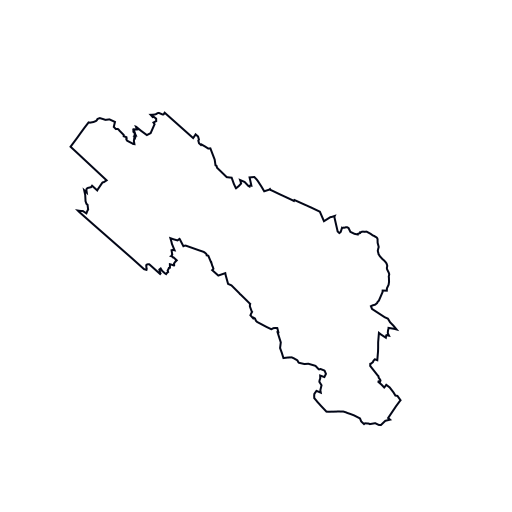 Lībagu pag., Talsi, Latvia (Equal Earth projection), rotated 48°
{"feature_id": "27541924B65314964158479", "entity_name": "Lībagu pag.", "entity_type": "district", "adm_level": 2, "iso_a3": "LVA", "parent_name": "Latvia", "parent_adm1": "Talsi", "projection": "equal_earth", "projection_center": [22.565, 57.178], "detail": "fine", "context": "isolated", "style": "outline", "palette": "ink", "viewbox_px": 512, "rotation_deg": 48, "n_neighbors": 0, "source": "geoboundaries", "source_scale": "gbopen_adm2", "svg_char_len": 5834}
<svg xmlns="http://www.w3.org/2000/svg" viewBox="0 0 512 512"><g transform="rotate(48 256 256)"><path d="M322.7,154.0L320.8,154.7L320.5,154.6L319.4,155.2L318.6,155.5L316.2,156.0L311.9,157.5L310.9,158.8L310.7,159.1L310.1,159.6L308.9,160.9L308.4,162.5L308.1,162.8L308.6,163.3L307.7,165.5L308.1,166.0L305.4,168.0L301.2,169.7L297.1,168.5L295.7,169.0L294.8,169.9L294.6,170.4L294.2,171.3L293.6,171.8L293.0,173.1L292.6,173.2L294.7,176.8L294.8,177.3L294.7,178.7L292.4,178.9L279.3,171.6L278.9,170.7L277.7,173.5L276.9,174.7L275.6,182.2L265.8,178.9L257.8,182.2L240.1,190.0L240.5,191.0L237.9,192.0L225.7,197.2L219.6,199.7L216.8,200.9L216.7,201.0L215.6,200.8L215.6,201.6L215.4,202.1L213.4,206.6L208.0,205.5L201.7,204.5L199.7,204.3L196.2,204.4L193.3,208.2L200.7,212.4L199.5,213.6L199.5,214.0L199.9,214.4L198.7,214.8L193.7,214.9L193.2,215.0L188.9,217.0L190.5,217.7L191.2,218.1L192.2,218.6L192.5,222.1L192.3,225.6L192.2,225.6L187.6,224.2L181.5,221.7L180.2,222.9L177.8,225.0L164.4,225.9L162.5,225.0L161.5,225.4L156.7,222.2L145.5,217.9L144.2,219.6L140.5,220.6L136.6,221.9L136.7,222.6L134.1,222.9L131.7,221.7L131.3,220.5L128.4,219.1L125.2,219.5L125.6,220.8L126.3,223.8L88.4,228.0L88.9,229.7L88.9,230.0L88.7,230.4L88.2,230.8L84.8,232.4L84.4,232.8L83.9,233.8L83.8,235.0L83.2,236.4L82.6,237.3L81.6,238.6L80.6,239.8L83.7,239.8L84.0,238.9L87.1,238.3L89.0,239.9L88.2,242.9L90.2,243.2L94.2,252.1L93.1,256.2L85.8,257.7L79.8,258.6L79.6,258.7L82.4,259.7L82.1,260.1L80.1,262.0L80.5,262.2L80.6,262.3L80.6,262.5L80.2,262.7L80.2,262.8L80.5,262.8L81.1,262.6L81.4,262.6L81.6,262.7L81.9,262.9L81.9,263.3L81.3,263.4L81.2,263.5L81.3,263.7L81.7,264.0L82.6,264.1L82.9,263.9L83.0,263.6L83.7,263.7L83.9,264.0L85.5,264.5L85.2,264.7L85.2,264.8L85.6,264.9L85.5,265.0L85.2,265.2L85.3,265.3L85.7,265.3L85.5,265.5L85.8,265.6L85.8,265.8L85.5,265.9L85.5,266.1L85.9,265.9L86.0,266.2L86.6,266.3L86.9,266.3L87.1,266.4L87.1,266.5L87.2,266.8L87.1,267.0L87.4,267.2L86.9,267.5L88.8,269.8L91.5,271.5L90.4,272.4L89.8,272.5L84.2,274.6L82.8,274.4L82.2,274.1L82.1,273.5L81.0,272.8L78.5,274.2L77.5,273.3L71.4,273.6L70.2,273.5L69.8,273.6L69.1,273.7L67.9,275.2L64.9,275.3L62.0,271.1L56.4,273.5L54.1,276.8L51.8,278.1L49.0,279.8L48.1,282.1L48.6,283.5L48.6,284.5L48.2,285.7L47.7,287.1L45.8,290.2L44.7,291.0L45.9,297.6L47.2,303.8L48.5,309.7L50.7,320.7L99.8,316.4L99.3,319.7L98.7,320.7L98.7,321.2L100.7,329.3L101.0,330.1L94.1,330.8L94.5,332.5L92.9,335.4L92.7,336.7L93.3,337.8L95.7,339.4L92.2,339.7L96.4,342.1L101.2,346.0L103.8,347.1L105.2,346.9L108.9,349.5L109.1,349.6L109.2,349.8L109.4,350.7L110.8,353.5L106.7,354.6L106.2,355.2L104.5,356.8L104.1,357.1L103.0,358.0L105.0,357.9L123.5,355.8L174.9,349.7L190.9,348.0L193.0,346.7L192.4,345.8L191.0,345.0L190.0,344.2L189.4,343.7L189.3,343.1L189.6,342.2L190.4,341.2L190.7,340.9L191.3,340.8L205.2,339.3L205.1,338.7L204.9,338.7L201.4,336.9L201.5,335.2L204.1,335.7L207.8,335.3L209.3,334.9L209.0,333.7L209.1,332.0L207.7,331.4L207.2,329.9L206.6,328.8L207.1,327.8L204.5,325.5L205.7,324.7L208.2,323.3L208.2,323.1L206.7,321.9L206.2,319.6L206.3,319.6L206.2,317.8L202.0,318.2L201.7,318.6L200.5,318.6L199.3,319.2L199.4,318.4L198.9,317.8L198.9,317.3L195.2,314.9L195.7,313.9L197.3,312.7L190.8,310.4L189.0,309.4L185.5,307.7L188.4,306.1L191.9,303.9L192.1,301.4L192.5,301.4L200.1,303.4L200.3,302.7L201.2,301.3L213.9,294.4L215.8,293.3L218.2,292.0L218.7,292.0L219.1,291.8L221.5,291.5L221.3,291.6L222.0,291.8L222.5,292.2L223.6,291.4L224.0,291.3L229.7,293.3L230.5,293.6L230.6,293.4L233.9,295.0L235.0,295.3L237.0,296.2L237.2,297.2L237.2,298.0L245.3,297.1L248.2,290.3L250.2,291.5L258.0,295.4L259.2,294.9L261.4,293.9L272.4,293.3L273.7,293.4L274.4,293.2L287.7,292.4L287.8,292.8L289.4,294.3L294.4,296.3L294.9,296.3L295.4,297.8L296.3,299.8L300.4,299.8L300.2,299.1L301.8,298.6L304.1,299.4L305.8,299.3L315.9,295.6L320.7,293.6L321.3,291.3L322.5,289.7L323.8,288.4L327.6,290.4L327.1,291.0L336.8,295.4L340.5,299.7L345.2,301.6L350.2,303.9L352.8,300.2L353.3,299.7L353.5,299.2L354.0,298.8L354.7,297.9L354.8,297.7L355.4,297.2L357.7,296.2L358.1,296.1L359.1,295.8L359.4,295.6L360.0,295.5L361.1,295.1L361.8,295.2L363.3,295.6L363.9,295.6L364.3,295.4L364.7,295.1L368.7,292.3L371.1,289.2L376.1,286.1L377.5,285.3L382.1,285.2L382.5,285.0L383.1,283.7L386.7,281.9L387.2,281.8L390.4,282.9L391.7,286.2L387.8,288.3L389.9,290.1L390.9,291.9L391.9,293.1L395.9,293.8L398.8,298.0L400.9,299.3L396.7,301.3L397.5,304.9L398.7,306.2L400.6,307.8L404.1,307.9L404.9,308.0L410.8,308.0L418.8,307.8L420.1,306.5L425.4,300.4L425.9,299.7L426.6,298.9L430.0,295.2L432.5,293.7L433.7,293.2L436.5,291.6L440.0,289.8L446.3,287.4L449.3,288.5L453.2,288.2L453.3,286.9L455.9,284.4L457.1,283.9L460.0,279.3L463.7,277.8L465.2,276.3L465.0,270.2L467.3,265.9L464.8,266.2L461.3,252.3L460.2,246.9L459.9,245.1L454.6,244.5L453.0,245.8L449.4,245.1L443.1,244.6L438.9,245.4L439.3,247.1L439.5,248.7L435.6,248.8L431.5,249.3L431.2,248.8L432.4,247.9L432.1,247.3L431.7,246.7L430.2,246.4L428.7,246.3L427.1,245.4L426.2,245.5L414.1,244.7L412.6,243.2L412.9,242.7L413.1,240.2L412.6,239.2L412.4,238.2L412.3,236.8L414.6,235.6L408.6,229.2L406.1,226.8L401.8,222.9L395.4,216.1L397.8,215.7L403.6,214.2L402.1,212.3L402.3,211.7L403.1,211.3L404.2,210.5L401.8,209.8L401.1,209.3L399.5,207.5L398.8,206.3L398.1,205.6L402.9,201.8L404.6,200.7L400.0,200.5L395.0,200.7L390.8,199.9L387.7,201.3L373.0,205.2L370.2,204.2L370.7,202.4L371.9,200.0L372.0,197.4L371.5,196.4L371.4,194.6L369.9,191.3L367.5,186.1L366.4,185.0L369.3,182.0L367.6,180.3L366.1,176.7L364.3,174.5L360.9,171.6L360.3,171.3L358.7,169.2L357.2,168.5L354.3,167.7L353.2,167.3L352.4,166.7L351.2,165.1L350.5,164.7L348.9,164.0L347.5,163.8L345.1,163.8L342.9,164.1L342.1,164.1L339.0,164.1L337.4,163.8L336.6,163.7L335.7,163.1L334.6,162.6L333.6,162.0L332.3,160.2L331.7,159.2L331.4,158.8L331.1,158.6L327.6,156.8L325.6,155.1L325.2,154.7L324.6,154.3L323.8,154.0L322.7,154.0Z" fill="none" stroke="#020617" stroke-width="2"/></g></svg>